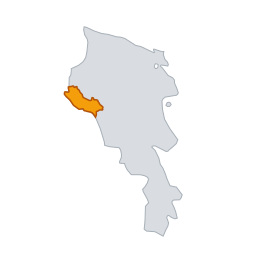 where Armavir sits in Armenia, rotated 26°
{"feature_id": "ARM-1554", "entity_name": "Armavir", "entity_type": "Province", "adm_level": 1, "iso_a3": "ARM", "parent_name": "Armenia", "parent_adm1": "", "projection": "equal_earth", "projection_center": [44.079, 40.147], "detail": "fine", "context": "in_parent", "style": "filled", "palette": "amber", "viewbox_px": 256, "rotation_deg": 26, "n_neighbors": 0, "source": "natural_earth", "source_scale": "10m", "svg_char_len": 3014}
<svg xmlns="http://www.w3.org/2000/svg" viewBox="0 0 256 256"><g transform="rotate(26 128 128)"><path d="M114.7,153.9L112.8,150.9L103.6,141.0L95.0,133.4L89.2,130.3L83.2,130.7L74.1,132.2L70.7,131.5L62.7,128.2L56.1,124.3L57.0,122.7L58.4,121.5L56.7,116.5L53.0,108.3L53.4,105.7L52.3,102.2L51.0,99.5L56.2,93.2L58.6,88.1L59.1,83.1L57.8,77.9L54.4,68.6L52.2,65.8L48.3,63.3L45.1,59.2L44.2,56.2L47.0,55.7L55.1,55.6L62.9,54.6L69.0,52.6L77.9,51.0L81.5,49.6L85.8,48.9L98.8,50.4L103.6,49.2L118.2,49.0L118.6,48.4L116.6,46.5L116.6,45.7L125.2,44.5L126.6,43.5L127.7,46.7L131.0,50.1L134.6,51.5L136.5,53.4L136.6,54.9L130.3,56.7L129.9,57.5L130.3,58.4L132.2,58.8L141.0,63.2L146.1,63.3L148.7,64.6L150.1,67.2L154.3,70.8L157.7,74.2L157.9,75.4L157.3,77.2L147.9,83.9L146.8,86.3L146.6,88.7L150.8,96.1L157.0,104.1L165.8,110.2L178.0,116.8L178.2,121.0L176.3,125.8L174.7,129.2L174.0,131.4L172.5,132.4L160.4,132.2L158.6,133.0L157.8,133.9L157.7,134.7L162.1,136.2L168.9,141.5L172.9,146.5L177.0,148.8L181.6,152.8L185.3,156.6L191.1,161.5L197.4,159.9L206.0,164.3L206.4,167.2L205.9,169.9L200.5,172.8L199.9,174.0L199.9,175.0L200.6,176.4L203.8,178.8L207.5,182.3L211.8,187.5L209.9,189.1L206.0,189.3L203.0,188.7L201.9,189.7L202.0,191.5L206.0,195.4L206.8,198.4L206.7,203.4L207.0,209.8L197.7,209.4L189.9,212.5L186.9,211.9L184.9,206.4L183.1,202.0L178.0,190.7L179.3,186.1L176.5,183.4L169.7,178.6L168.0,176.7L168.9,173.9L169.5,169.0L168.9,164.9L167.0,163.7L163.7,163.6L159.6,164.6L151.4,168.5L145.7,166.0L142.4,163.5L140.5,161.4L136.2,163.2L135.2,162.3L134.9,157.2L133.6,154.4L131.1,151.1L128.7,149.6L119.9,152.8L114.7,153.9ZM127.8,61.8L128.1,59.9L127.7,58.2L126.3,57.7L124.5,58.2L124.4,60.0L125.0,61.8L126.7,62.5L127.8,61.8ZM156.0,90.3L154.0,91.4L152.1,90.9L152.1,88.0L153.4,86.9L155.0,86.9L156.5,88.0L156.0,90.3Z" fill="#d9dde1" stroke="#a8b0b8" stroke-width="1"/><path d="M56.0,125.5L55.3,123.5L56.1,122.8L58.5,122.2L59.0,121.3L58.7,120.6L57.0,118.5L56.4,117.3L57.4,116.5L57.4,116.4L58.8,115.6L60.0,114.4L60.4,114.3L60.9,114.3L61.2,114.7L61.8,115.0L62.2,114.9L62.5,114.6L62.8,114.1L63.4,113.5L63.7,113.3L64.0,113.3L64.2,113.6L64.9,114.6L65.2,114.8L65.7,115.0L67.1,115.3L67.4,115.4L67.7,115.5L69.0,116.7L69.8,117.1L71.8,117.8L72.3,118.1L73.1,119.1L73.9,119.8L74.3,120.1L74.7,120.2L81.0,120.2L82.2,119.8L82.8,119.1L82.7,118.5L82.5,117.4L82.4,117.0L82.4,116.5L82.7,116.3L83.1,116.2L83.4,116.3L83.7,116.3L84.0,116.4L84.2,116.6L84.6,117.2L85.0,117.5L85.3,117.5L85.6,117.3L86.1,117.0L86.7,116.7L87.8,116.4L88.4,116.4L88.8,116.5L89.0,116.8L89.3,117.2L90.2,117.7L90.5,117.8L90.8,118.0L91.7,118.7L92.9,119.3L96.0,120.0L96.5,120.6L96.6,121.6L96.6,121.9L97.2,122.5L97.1,123.0L96.6,123.3L95.1,123.9L94.6,124.2L94.3,124.6L93.5,126.0L92.8,126.6L92.5,127.0L92.4,127.4L93.4,129.2L93.9,130.5L94.0,131.2L94.0,132.4L94.0,132.5L91.1,130.7L89.1,130.1L87.3,130.1L84.1,131.0L82.6,131.2L81.5,131.5L81.0,131.6L80.5,131.4L79.9,130.8L79.3,130.6L78.2,130.9L76.4,132.3L75.5,132.6L69.1,131.5L63.3,128.2L58.5,126.8L56.0,125.5Z" fill="#f59e0b" stroke="#b45309" stroke-width="1.5"/></g></svg>